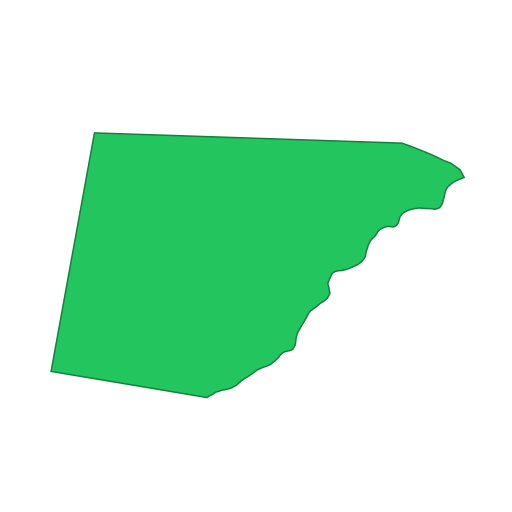 Rameau, Micoud, Saint Lucia (Natural Earth projection), rotated 265°
{"feature_id": "8701671B91973054912616", "entity_name": "Rameau", "entity_type": "district", "adm_level": 2, "iso_a3": "LCA", "parent_name": "Saint Lucia", "parent_adm1": "Micoud", "projection": "natural_earth1", "projection_center": [-60.925, 13.83], "detail": "fine", "context": "isolated", "style": "filled", "palette": "green", "viewbox_px": 512, "rotation_deg": 265, "n_neighbors": 0, "source": "geoboundaries", "source_scale": "gbopen_adm2", "svg_char_len": 1898}
<svg xmlns="http://www.w3.org/2000/svg" viewBox="0 0 512 512"><g transform="rotate(265 256 256)"><path d="M392.7,105.8L158.9,41.8L119.3,194.7L121.1,198.5L121.9,200.5L123.0,202.6L123.8,203.9L125.2,210.3L125.5,213.0L126.0,216.9L126.4,219.0L127.4,221.8L129.1,225.4L131.5,228.6L133.0,230.6L135.1,234.2L136.2,236.7L138.3,240.6L140.0,243.4L141.2,245.4L142.6,247.8L143.9,251.5L144.7,254.2L145.4,257.3L146.8,261.1L148.8,264.2L149.7,265.6L151.7,268.0L153.4,270.0L155.2,271.6L156.0,272.5L157.3,274.2L158.3,277.0L158.6,279.7L158.8,281.1L159.1,283.0L159.9,284.5L161.4,285.7L163.5,287.1L166.2,287.9L168.7,288.4L171.7,289.0L174.1,290.0L176.4,291.1L179.6,293.3L182.4,295.1L185.6,297.6L187.7,299.1L191.0,301.3L193.1,302.6L195.1,304.0L196.6,305.7L198.4,308.5L199.8,311.0L201.6,313.7L203.3,316.1L205.2,319.8L206.8,322.1L207.6,323.3L209.4,324.6L211.3,325.7L212.6,326.4L214.5,326.2L218.3,325.8L220.6,325.4L222.6,325.2L226.3,327.1L230.2,329.3L231.9,330.3L232.7,331.2L233.2,332.3L233.8,334.3L234.1,336.6L234.1,340.8L234.6,343.9L235.3,347.2L236.4,350.8L236.9,352.0L237.9,354.6L238.6,356.8L240.5,359.7L242.5,362.2L243.7,363.2L246.2,365.1L248.2,365.4L251.2,366.4L253.6,367.4L256.8,368.7L259.6,370.3L260.7,371.0L262.1,372.3L263.2,373.4L264.8,375.5L266.5,377.3L268.0,378.4L269.1,379.1L270.9,381.0L271.9,382.3L272.8,384.4L273.8,388.1L274.0,390.5L273.7,391.9L273.0,394.7L273.3,397.0L274.5,398.8L276.5,400.6L278.9,401.5L281.7,402.5L283.4,403.6L285.1,405.2L286.3,406.8L286.9,408.1L288.4,412.3L288.9,414.6L289.3,417.3L289.5,420.3L289.6,423.1L288.6,428.2L288.2,432.1L287.9,434.5L287.0,438.3L287.4,441.0L288.2,443.1L289.4,444.3L290.9,445.5L293.0,446.6L298.4,448.6L302.4,449.8L305.2,450.9L307.5,452.5L308.9,454.1L310.5,456.2L311.7,458.2L313.0,460.6L313.4,461.5L315.1,466.8L316.1,470.2L324.0,466.9L331.5,458.1L334.8,451.3L341.5,440.0L350.3,422.9L355.7,411.2L392.7,105.8Z" fill="#22c55e" stroke="#15803d" stroke-width="1.5"/></g></svg>